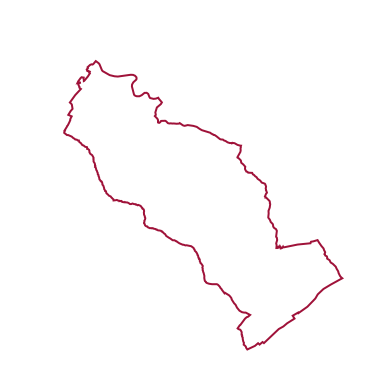 Tetoiu, Vâlcea, Romania, rotated 141°
{"feature_id": "2599482B45871606876108", "entity_name": "Tetoiu", "entity_type": "district", "adm_level": 2, "iso_a3": "ROU", "parent_name": "Romania", "parent_adm1": "Vâlcea", "projection": "robinson", "projection_center": [23.926, 44.772], "detail": "fine", "context": "isolated", "style": "outline", "palette": "rose", "viewbox_px": 384, "rotation_deg": 141, "n_neighbors": 0, "source": "geoboundaries", "source_scale": "gbopen_adm2", "svg_char_len": 6061}
<svg xmlns="http://www.w3.org/2000/svg" viewBox="0 0 384 384"><g transform="rotate(141 192 192)"><path d="M230.6,338.4L230.3,336.5L230.4,335.5L232.5,331.8L235.3,331.3L239.6,329.8L237.9,326.5L240.2,325.5L240.9,325.1L241.3,324.5L243.4,323.4L246.7,321.9L247.4,321.9L248.0,321.5L252.5,319.9L252.4,319.5L253.0,319.4L254.1,318.4L253.3,314.9L252.4,314.2L250.6,310.7L250.3,308.6L249.8,307.4L249.7,306.3L248.6,305.2L248.3,303.8L247.5,303.3L248.1,301.7L247.6,300.0L247.7,297.4L247.0,296.5L246.6,294.4L245.4,292.9L246.3,291.5L245.8,291.2L245.8,290.7L245.5,289.7L245.7,288.8L246.7,287.4L247.0,285.7L246.4,283.4L246.9,280.7L247.2,280.2L247.9,279.8L248.2,278.9L249.1,278.0L249.4,277.2L249.5,275.8L250.0,274.5L250.7,273.7L250.6,273.3L251.6,272.5L251.3,272.0L252.6,269.0L252.6,268.2L253.1,267.1L253.2,266.3L254.1,265.0L254.0,264.0L254.6,263.3L254.9,262.0L256.0,260.0L255.9,259.0L256.1,258.1L255.7,257.5L256.0,257.0L255.7,256.3L256.5,254.7L257.0,254.1L256.9,252.8L257.9,250.2L258.4,249.6L258.6,247.8L258.9,247.4L258.4,246.7L259.3,244.9L258.9,242.7L258.9,241.5L258.0,239.7L258.1,238.5L257.9,237.8L258.0,237.4L257.7,235.7L258.3,234.8L256.1,233.4L255.5,233.2L255.1,232.6L255.0,232.1L254.2,231.2L254.3,230.7L253.7,230.5L253.2,229.8L252.7,229.7L252.4,229.3L252.6,228.5L252.4,228.1L251.0,226.5L250.5,226.5L250.2,225.8L248.8,224.5L248.2,223.3L247.8,221.7L246.9,220.9L245.5,220.5L244.6,219.0L243.5,218.0L243.5,217.4L243.1,217.2L242.7,216.0L241.8,215.7L240.7,213.6L240.7,212.0L240.9,211.3L240.6,210.9L241.0,210.0L240.5,209.1L240.7,208.3L241.3,207.2L242.2,206.5L243.5,204.6L244.0,202.7L244.5,202.1L244.7,201.1L245.8,200.2L247.2,199.6L247.5,199.0L248.6,198.3L248.6,198.0L249.0,197.7L248.9,197.0L249.4,195.8L249.4,194.9L248.9,193.7L248.4,193.3L248.5,192.3L247.5,190.4L246.2,189.4L246.0,188.9L245.2,188.6L245.0,187.8L243.7,186.2L243.5,185.4L243.0,185.1L243.0,184.4L242.4,183.4L241.5,182.6L240.5,181.3L240.5,180.6L240.0,180.1L240.2,179.4L239.9,179.0L239.8,177.4L239.4,176.1L239.7,174.1L238.7,170.9L238.1,169.4L237.4,166.7L235.9,165.4L235.4,163.8L235.0,163.5L235.0,163.0L234.1,160.1L232.4,156.9L231.7,156.3L230.7,154.6L229.7,154.0L226.7,150.3L226.0,147.5L226.3,146.6L226.2,145.7L226.8,144.6L226.5,142.7L226.7,142.4L226.7,141.0L227.4,139.6L227.2,139.1L227.4,138.6L228.4,136.8L228.2,136.1L228.7,135.5L228.4,135.1L228.4,134.8L229.6,133.1L229.8,131.8L230.1,131.5L229.9,130.2L230.1,127.9L230.6,127.3L231.6,126.7L231.8,125.8L232.9,124.6L232.9,124.2L233.7,122.6L233.8,122.0L235.2,119.0L236.6,117.4L237.8,115.2L238.0,114.5L237.7,113.5L238.0,113.0L237.7,111.9L236.5,110.0L234.5,107.8L230.7,104.7L230.2,103.6L230.0,101.0L230.3,99.3L230.1,98.2L230.3,97.5L230.5,92.8L229.8,92.9L228.2,88.3L228.1,86.6L228.2,84.7L228.8,83.4L229.3,79.0L229.1,77.0L229.8,73.8L229.8,69.9L228.8,67.2L227.6,65.7L226.1,64.4L224.2,59.9L226.9,59.8L228.3,60.3L230.5,60.2L238.3,58.2L238.7,58.4L242.4,57.3L242.2,56.3L241.2,54.6L241.2,53.7L241.6,51.8L243.2,49.9L243.0,49.6L243.3,48.9L244.1,48.1L244.1,47.1L245.1,45.8L246.3,43.4L246.5,42.2L247.9,40.8L247.5,39.1L247.5,38.0L248.0,36.6L248.1,34.8L239.9,32.8L235.8,32.9L235.5,30.9L231.6,31.0L231.2,29.3L210.8,30.9L205.6,30.0L200.6,30.1L192.0,29.1L191.6,32.5L185.3,31.5L185.5,30.9L174.5,30.2L163.2,31.6L158.7,33.3L150.9,33.9L142.3,32.7L129.5,30.4L129.8,31.9L129.8,33.5L129.1,36.7L128.3,38.4L127.9,41.4L127.3,43.5L127.8,47.6L128.6,50.0L128.0,52.4L128.9,55.2L128.1,56.1L127.7,57.1L128.4,58.7L128.2,59.6L127.9,59.9L128.1,60.4L126.4,61.4L125.9,63.9L125.3,65.3L125.4,68.6L125.1,72.7L124.7,75.6L129.0,77.4L130.7,78.4L131.0,78.4L132.2,77.6L143.0,84.7L155.1,91.0L155.7,91.6L155.6,92.2L156.8,91.7L157.4,91.9L157.5,92.5L157.8,92.5L158.1,92.1L158.4,92.2L158.6,92.3L158.0,93.4L157.8,94.6L158.7,94.2L159.6,94.2L160.5,94.6L160.1,95.1L161.1,95.1L161.6,95.4L159.8,97.3L158.9,99.1L156.0,101.1L154.8,103.2L154.8,104.3L150.5,108.4L150.1,110.3L150.7,112.1L150.8,113.0L150.6,114.1L149.7,115.5L149.4,116.5L149.7,119.1L148.9,121.6L148.9,123.6L148.7,124.3L146.0,127.0L144.4,129.2L141.5,130.9L138.8,133.4L138.6,134.3L137.9,135.0L137.4,136.2L137.9,141.2L138.3,141.4L138.1,141.6L138.2,142.6L135.6,144.0L134.2,144.3L133.5,146.2L133.4,146.9L132.9,147.4L132.4,148.5L131.2,149.4L130.8,150.1L130.6,151.0L130.2,151.8L130.2,152.7L131.9,155.5L131.8,157.9L132.7,161.0L132.5,162.9L133.0,164.5L133.1,166.3L133.6,167.4L133.2,169.0L136.2,171.7L136.2,172.8L136.9,173.6L136.5,176.1L135.8,177.2L134.7,178.1L134.8,181.2L135.3,183.6L135.1,184.2L134.4,185.3L134.2,186.2L134.5,188.9L135.0,190.1L134.9,190.4L129.2,192.7L128.0,193.7L126.8,195.4L125.7,196.2L125.5,196.8L124.8,197.2L125.5,197.9L127.0,200.0L128.1,202.9L128.7,203.8L129.5,204.3L129.6,204.7L130.5,204.8L130.6,205.4L131.7,206.1L133.1,208.2L133.8,210.5L134.7,211.9L135.0,213.3L136.5,214.7L137.0,215.6L137.9,219.8L138.6,222.1L139.2,222.6L139.3,223.3L139.8,223.9L139.9,224.6L140.3,225.3L140.5,226.5L145.4,233.8L146.4,236.4L147.3,239.6L149.4,242.6L153.2,246.7L156.0,248.0L156.6,248.7L157.1,249.5L158.2,253.3L159.0,253.3L161.1,254.8L163.0,256.7L164.0,257.4L165.4,258.8L166.5,259.5L167.4,260.7L167.6,263.2L168.0,264.2L170.9,266.4L171.6,266.7L172.5,266.3L173.8,266.3L174.6,267.1L174.6,267.5L173.2,269.2L172.8,270.7L173.1,274.4L171.6,274.7L170.4,276.9L166.1,279.8L160.9,279.9L159.0,280.6L159.1,285.3L158.9,286.5L161.3,287.3L163.3,288.6L165.4,291.4L165.3,292.7L164.3,295.8L164.8,297.6L166.5,298.9L170.2,298.9L172.6,299.5L174.7,301.2L175.3,302.1L175.8,303.3L175.7,304.3L172.3,311.8L171.0,313.2L169.3,313.9L168.4,314.2L164.7,314.4L163.9,314.8L163.0,316.1L163.1,318.2L164.1,320.1L165.9,321.7L177.0,328.4L179.4,330.7L182.4,334.6L185.3,342.0L185.4,343.1L183.5,349.5L183.5,350.9L184.4,354.3L187.8,353.6L189.0,353.6L189.8,354.5L191.2,354.9L194.6,354.7L194.8,353.8L196.6,353.5L196.6,352.4L197.2,352.2L197.1,351.7L196.5,351.5L195.7,349.9L196.8,349.5L196.8,349.3L196.5,349.1L196.6,348.5L200.3,347.3L205.8,346.2L206.2,346.3L205.2,347.7L204.8,348.7L204.2,349.1L205.6,350.7L207.0,350.6L210.8,349.6L212.2,348.9L211.1,348.6L209.6,347.0L211.2,347.6L212.7,347.2L213.2,345.3L213.2,344.7L213.7,344.3L213.9,343.5L213.5,342.0L221.8,340.8L230.6,338.4Z" fill="none" stroke="#9f1239" stroke-width="2"/></g></svg>